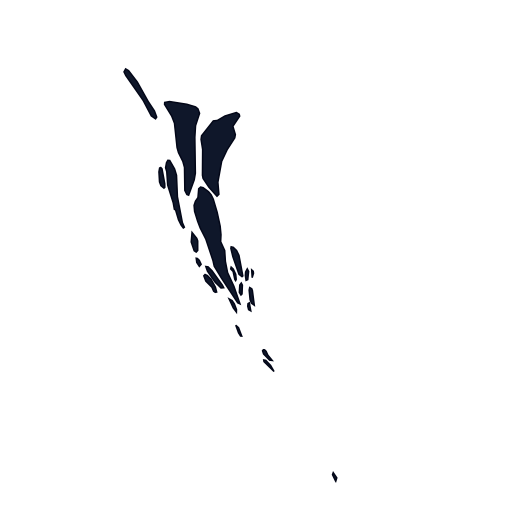 Essequibo I./L.B.E.River, Essequibo Islands-West Demerara, Guyana, rotated 323°
{"feature_id": "73187651B51062108887281", "entity_name": "Essequibo I./L.B.E.River", "entity_type": "district", "adm_level": 2, "iso_a3": "GUY", "parent_name": "Guyana", "parent_adm1": "Essequibo Islands-West Demerara", "projection": "equal_earth", "projection_center": [-58.518, 6.771], "detail": "fine", "context": "isolated", "style": "filled", "palette": "ink", "viewbox_px": 512, "rotation_deg": 323, "n_neighbors": 0, "source": "geoboundaries", "source_scale": "gbopen_adm2", "svg_char_len": 2935}
<svg xmlns="http://www.w3.org/2000/svg" viewBox="0 0 512 512"><g transform="rotate(323 256 256)"><path d="M327.9,132.7L326.7,129.6L315.5,125.5L306.8,124.5L303.2,122.4L284.9,127.2L282.3,129.8L277.5,138.8L261.8,159.3L260.4,162.2L259.8,172.7L260.8,184.8L263.5,184.4L270.0,174.1L285.6,159.7L297.0,153.7L310.1,148.9L312.6,146.6L315.6,138.5L327.1,134.5L327.9,132.7ZM256.8,176.1L254.9,169.6L253.3,167.6L250.7,167.8L244.8,174.4L240.6,175.8L237.0,178.3L233.8,183.4L230.3,193.1L228.3,200.0L226.1,212.3L218.9,233.7L216.5,239.0L215.1,252.8L213.2,282.4L214.4,284.6L220.1,267.0L223.3,252.2L228.3,241.9L234.3,232.8L236.4,223.3L240.8,218.0L245.3,210.7L251.3,197.7L256.1,184.9L257.0,180.2L256.8,176.1ZM297.5,100.6L292.1,93.2L279.9,80.6L275.5,78.4L274.2,79.9L272.9,93.5L270.8,100.9L258.2,121.9L256.3,126.8L254.5,136.4L252.2,142.2L238.6,160.8L237.8,165.3L238.8,166.9L252.5,158.0L257.4,153.4L278.6,124.4L286.2,115.5L296.8,108.1L298.2,103.5L297.5,100.6ZM244.6,127.8L243.2,126.5L240.7,127.6L236.9,131.1L235.5,134.9L228.1,146.3L221.9,163.7L218.9,169.6L219.5,170.8L215.9,180.4L214.8,186.2L214.8,189.9L216.1,189.9L217.3,185.0L228.9,161.4L241.1,143.7L243.4,137.4L244.6,127.8ZM265.8,31.3L264.5,28.1L261.4,29.5L260.6,33.6L259.5,63.9L256.7,81.1L258.3,86.0L260.3,85.3L262.2,79.0L262.9,67.6L265.9,45.7L265.8,31.3ZM243.1,235.4L241.7,233.7L240.5,234.8L237.1,242.6L231.4,260.4L232.4,264.1L233.5,264.0L242.8,245.2L243.8,239.9L243.1,235.4ZM212.0,241.3L211.2,235.8L209.6,234.2L208.1,238.9L207.6,252.6L208.8,260.5L211.1,261.9L211.6,259.0L212.0,241.3ZM219.1,198.7L212.7,205.8L209.8,214.6L210.6,216.9L212.8,216.5L218.5,208.9L219.3,206.3L219.1,198.7ZM233.2,128.0L232.0,127.7L229.1,130.4L223.5,138.8L222.4,142.6L223.3,146.4L224.5,146.3L226.6,143.4L233.4,129.8L233.2,128.0ZM205.4,242.3L204.2,240.1L202.4,240.4L200.8,245.9L202.0,254.5L201.0,258.6L201.6,260.5L202.9,261.1L204.8,256.5L206.1,247.5L205.4,242.3ZM232.9,279.6L232.0,277.4L230.0,279.1L225.0,287.3L224.0,291.0L225.0,294.3L232.3,281.5L232.9,279.6ZM206.4,336.1L205.5,335.3L204.2,335.6L203.1,338.8L204.2,347.4L206.1,349.2L205.8,342.2L206.7,338.2L206.4,336.1ZM210.1,277.2L208.7,274.1L206.6,283.8L206.6,289.0L208.2,287.0L209.9,281.2L210.1,277.2ZM228.0,268.7L225.6,269.4L220.8,275.0L220.5,278.1L222.0,277.9L227.6,271.1L228.0,268.7ZM241.3,261.0L238.1,262.5L235.8,265.1L233.4,269.5L235.2,269.9L240.8,263.9L241.3,261.0ZM201.0,345.2L199.6,343.7L198.8,345.2L200.9,359.1L201.8,352.3L201.0,345.2ZM229.5,249.9L228.0,251.1L228.4,254.6L225.0,261.9L224.9,263.4L226.1,262.8L228.8,258.4L230.0,252.8L229.5,249.9ZM207.7,222.7L206.9,221.8L204.8,225.5L204.5,230.2L207.2,229.6L208.1,225.3L207.7,222.7ZM198.2,299.1L195.8,306.9L195.5,310.6L196.4,311.4L198.9,302.8L198.2,299.1ZM184.1,483.9L187.0,481.8L187.3,475.5L185.5,476.7L184.1,483.7L184.1,483.9ZM221.0,289.2L219.2,291.1L217.8,294.4L218.8,296.7L222.5,289.4L221.0,289.2ZM244.2,264.5L239.9,271.0L243.6,268.3L244.6,266.5L244.2,264.5Z" fill="#0f172a" stroke="#020617" stroke-width="1.5"/></g></svg>